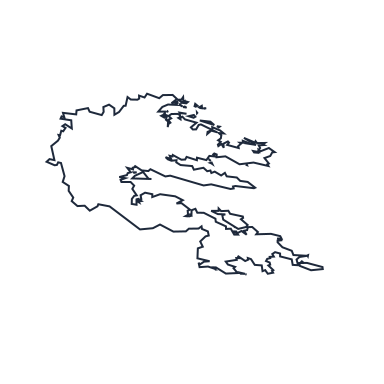 outline of Bantry-West Cork Lea-4, Cork, Ireland, rotated 220°
{"feature_id": "5873133B32019280992122", "entity_name": "Bantry-West Cork Lea-4", "entity_type": "district", "adm_level": 2, "iso_a3": "IRL", "parent_name": "Ireland", "parent_adm1": "Cork", "projection": "albers", "projection_center": [-9.717, 51.642], "detail": "fine", "context": "isolated", "style": "outline", "palette": "slate", "viewbox_px": 384, "rotation_deg": 220, "n_neighbors": 0, "source": "geoboundaries", "source_scale": "gbopen_adm2", "svg_char_len": 6104}
<svg xmlns="http://www.w3.org/2000/svg" viewBox="0 0 384 384"><g transform="rotate(220 192 192)"><path d="M322.8,121.7L314.4,124.2L312.9,125.9L313.6,128.7L311.0,130.0L299.8,122.2L297.5,116.6L290.2,117.5L287.2,113.6L279.4,111.4L278.3,107.7L270.7,107.6L265.4,112.5L258.3,112.0L255.2,120.3L255.9,122.4L245.9,128.0L207.8,129.9L198.7,139.1L195.6,146.5L180.8,149.7L171.4,157.9L170.8,161.9L163.5,168.2L162.6,171.8L160.6,170.1L154.5,172.0L151.2,169.4L153.1,166.7L153.9,159.4L148.6,157.0L151.3,152.6L145.2,144.7L134.0,150.3L138.0,146.4L139.4,141.5L141.5,142.1L137.9,139.3L131.8,145.2L125.2,147.8L127.1,148.1L125.2,149.6L113.6,151.3L105.0,159.2L111.2,160.3L110.9,162.3L117.9,159.5L121.4,160.4L114.1,168.8L115.6,169.9L113.3,171.7L115.0,171.9L115.1,172.2L115.1,172.5L106.9,173.3L105.5,176.2L106.8,177.3L103.6,178.5L97.1,176.5L91.4,180.6L87.1,176.7L85.7,179.2L81.4,178.1L78.0,182.3L80.0,183.0L79.5,184.4L86.3,184.8L85.4,186.6L87.2,187.9L90.9,186.7L91.4,189.1L89.6,191.6L90.7,192.3L87.8,195.1L90.6,196.1L89.7,199.3L85.0,201.5L83.1,199.3L72.3,204.5L68.0,200.9L63.7,204.1L68.5,207.5L67.9,211.3L62.7,217.2L73.8,208.9L77.8,211.1L87.2,207.8L94.1,208.5L95.1,209.7L91.9,213.1L96.9,211.1L93.4,213.8L96.0,214.9L104.6,210.7L115.6,200.9L115.8,203.7L123.4,203.9L126.6,201.0L125.3,198.2L127.2,195.8L122.7,194.4L129.1,193.9L130.9,189.2L129.4,188.9L132.3,186.5L138.7,188.8L142.2,185.6L143.9,187.5L154.7,184.5L156.9,186.6L169.7,183.6L174.6,179.5L178.6,181.3L180.6,177.8L178.1,174.6L179.1,173.6L178.3,173.3L177.6,173.5L177.2,173.4L178.5,171.5L179.0,171.3L180.0,170.3L181.4,169.4L180.4,172.0L183.3,174.9L182.2,177.2L192.9,176.7L196.5,173.2L193.8,179.8L202.1,177.9L215.0,169.8L219.2,162.6L221.0,164.8L227.5,161.3L229.3,156.5L226.3,154.0L227.3,152.3L225.0,152.5L226.8,150.4L225.9,150.0L228.8,149.5L226.3,146.6L230.5,144.1L233.6,148.0L233.8,151.9L232.2,153.9L239.7,156.0L240.4,159.7L245.5,160.2L252.5,154.3L254.5,155.4L252.0,159.7L257.3,156.7L252.7,163.2L253.4,165.1L251.6,167.7L257.1,168.9L251.8,171.4L253.0,172.5L251.4,174.7L253.0,175.2L244.4,176.2L238.9,180.0L238.5,182.7L222.4,186.8L219.2,190.5L187.3,204.5L182.2,210.2L164.4,219.1L162.4,221.5L164.1,222.6L162.6,224.5L147.0,234.7L146.4,235.9L155.8,235.5L162.2,231.5L167.0,231.9L175.5,226.3L179.1,227.8L180.3,223.4L187.7,222.2L189.4,219.0L191.7,220.3L193.7,217.7L198.8,217.9L204.9,210.3L208.5,212.0L218.1,205.3L223.1,204.6L224.3,206.4L227.9,202.7L231.5,201.5L234.6,201.7L229.2,203.9L232.3,205.4L229.8,206.7L230.5,208.0L220.9,209.9L218.1,212.5L218.7,215.4L208.7,219.5L210.2,221.5L201.5,225.7L201.9,230.8L197.2,234.0L199.9,234.4L199.7,235.8L197.2,236.6L195.5,234.4L189.3,240.8L173.4,243.8L163.8,254.1L150.2,261.0L152.1,261.6L151.4,263.2L158.3,264.6L155.2,269.9L156.0,273.9L154.3,275.7L161.4,275.1L165.6,267.4L167.9,267.1L166.2,266.0L166.2,264.8L169.9,262.2L171.5,262.7L166.3,265.7L168.0,266.6L168.1,269.5L170.9,270.6L167.0,274.3L168.4,274.0L167.7,276.4L173.6,271.3L176.0,271.8L175.6,270.3L187.0,266.8L173.2,269.2L183.4,263.1L181.7,265.4L186.0,263.9L184.6,262.5L187.0,260.5L185.5,260.6L186.1,256.6L186.0,256.2L185.0,256.1L184.5,255.7L195.3,250.7L195.4,253.6L197.0,253.8L199.0,249.2L196.1,246.3L200.3,247.7L201.3,244.1L202.6,244.9L202.3,248.9L205.2,248.4L204.4,251.6L206.0,254.3L209.3,254.4L205.3,257.3L210.1,257.2L218.2,254.7L216.0,252.5L211.0,254.0L216.7,251.4L217.6,246.3L218.7,248.1L217.0,251.4L218.1,252.1L228.6,249.5L230.0,247.7L229.1,242.6L231.6,240.4L234.4,240.8L233.1,248.0L244.0,243.1L247.8,243.5L248.7,241.7L247.5,240.3L250.0,240.0L249.2,241.7L250.6,243.2L253.2,242.6L257.9,238.5L258.8,235.2L255.3,235.0L256.6,232.0L253.1,231.2L253.8,229.0L252.3,226.1L255.6,230.6L258.5,230.6L260.2,234.6L261.5,234.2L261.1,231.2L264.5,230.6L262.8,234.2L264.4,236.2L269.5,231.9L269.4,238.1L266.6,243.6L259.7,248.9L261.1,248.8L260.2,250.9L261.4,251.8L264.8,246.8L263.3,253.6L269.2,253.9L276.6,247.5L277.4,242.8L289.6,238.4L289.1,233.9L294.5,231.8L292.5,229.6L293.1,227.7L298.3,223.5L302.4,223.3L298.3,215.4L299.7,214.1L299.3,206.4L301.1,201.3L305.3,206.2L311.7,205.6L314.5,200.1L311.2,196.6L310.6,192.9L322.0,187.7L325.6,189.4L332.9,180.3L330.6,177.0L341.7,169.7L337.9,167.2L340.5,166.1L339.8,163.7L330.6,169.3L324.9,163.4L332.7,162.4L333.6,159.2L330.1,159.8L329.7,155.7L331.5,154.9L329.5,150.6L330.8,149.9L328.2,148.6L327.7,145.1L329.3,136.7L317.9,128.0L322.3,125.6L322.8,121.7ZM150.3,190.9L132.9,193.4L128.1,199.9L128.2,202.5L137.0,202.6L136.2,205.0L137.3,205.9L148.8,199.8L152.1,201.0L157.4,196.1L161.0,196.5L159.5,194.6L165.2,189.9L158.0,191.7L152.1,196.3L153.9,193.7L150.3,190.9ZM61.9,204.7L50.5,208.6L42.3,217.0L43.8,218.4L58.3,211.6L64.1,206.6L61.9,204.7ZM242.3,175.9L246.2,167.7L246.5,164.0L231.4,175.9L233.7,174.2L242.3,175.9ZM257.6,254.2L256.4,256.4L255.9,254.6L253.4,256.2L253.0,258.3L257.3,256.4L259.8,259.0L259.5,256.0L261.9,253.8L257.6,254.2ZM232.0,251.8L218.0,257.6L223.1,257.7L232.0,251.8ZM252.1,244.6L246.5,248.4L252.6,244.8L252.1,244.6ZM240.1,252.2L243.3,247.9L238.5,249.9L237.8,251.8L240.1,252.2ZM102.2,160.7L98.8,163.4L103.6,161.0L102.2,160.7ZM246.2,261.6L245.2,259.4L244.0,259.7L243.2,261.6L246.2,261.6ZM238.1,262.6L239.9,264.3L240.9,261.4L239.7,261.6L238.1,262.6ZM235.0,265.3L237.2,263.5L236.0,263.9L235.0,265.3ZM131.6,189.8L132.7,190.2L134.4,188.9L133.7,188.2L131.6,189.8ZM257.3,250.8L254.2,251.4L257.5,251.3L257.3,250.8ZM228.7,152.2L230.2,150.2L228.1,151.3L228.7,152.2ZM253.4,251.3L251.6,252.5L250.3,253.1L252.5,252.8L253.4,251.3ZM215.2,258.4L213.0,258.7L212.8,259.8L215.2,258.4ZM194.4,226.5L195.9,227.2L196.7,226.0L195.4,226.4L194.4,226.5ZM248.7,169.5L247.0,171.5L249.3,169.6L248.7,169.5ZM199.4,227.9L198.9,227.6L197.6,227.9L199.4,227.9ZM263.1,231.5L262.1,232.0L263.4,232.6L263.1,231.5ZM262.7,238.0L263.0,236.8L262.5,237.9L262.7,238.0ZM62.0,217.3L62.5,218.2L62.8,217.6L62.0,217.3ZM63.3,209.5L63.4,208.4L62.6,209.5L63.3,209.5ZM257.3,253.7L258.3,253.0L256.9,253.7L257.3,253.7ZM239.3,256.1L238.8,255.6L238.8,256.0L239.3,256.1ZM167.3,248.0L168.4,247.4L167.1,247.9L167.3,248.0ZM97.7,163.6L98.3,163.3L97.1,163.8L97.7,163.6ZM136.9,192.5L136.2,192.7L137.3,192.5L136.9,192.5ZM123.9,147.8L123.6,148.1L124.7,147.7L123.9,147.8Z" fill="none" stroke="#1e293b" stroke-width="2"/></g></svg>